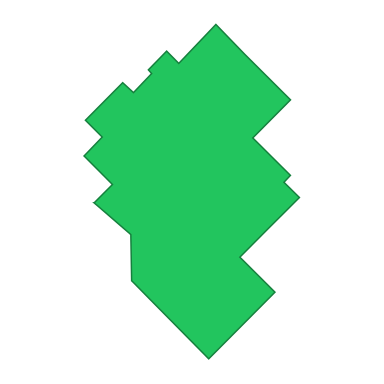 the district of Leandro N. Alem, Buenos Aires, Argentina, rotated 269°
{"feature_id": "61730980B27859754831465", "entity_name": "Leandro N. Alem", "entity_type": "district", "adm_level": 2, "iso_a3": "ARG", "parent_name": "Argentina", "parent_adm1": "Buenos Aires", "projection": "robinson", "projection_center": [-61.594, -34.493], "detail": "fine", "context": "isolated", "style": "filled", "palette": "green", "viewbox_px": 384, "rotation_deg": 269, "n_neighbors": 0, "source": "geoboundaries", "source_scale": "gbopen_adm2", "svg_char_len": 536}
<svg xmlns="http://www.w3.org/2000/svg" viewBox="0 0 384 384"><g transform="rotate(269 192 192)"><path d="M153.9,267.4L184.6,299.3L200.1,284.1L206.9,290.7L245.0,253.7L282.4,292.1L328.7,247.2L359.1,218.8L320.8,181.0L333.3,169.1L314.9,150.5L311.1,153.7L292.4,135.2L302.5,124.6L265.6,86.7L248.5,103.2L229.9,84.7L200.9,112.6L195.0,106.5L192.7,104.1L182.9,94.0L182.9,93.9L150.5,130.1L104.3,130.1L103.7,130.7L103.0,131.4L85.1,148.4L24.9,205.8L90.4,273.2L126.0,238.7L153.9,267.4Z" fill="#22c55e" stroke="#15803d" stroke-width="1.5"/></g></svg>